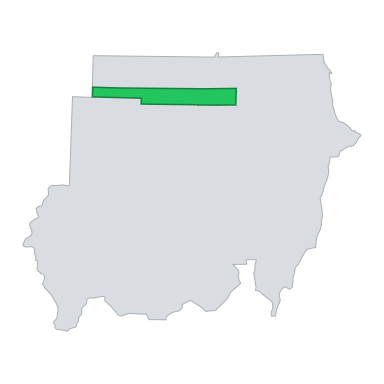 Delgo, Northern, Sudan shown in context
{"feature_id": "16777658B54397395103229", "entity_name": "Delgo", "entity_type": "district", "adm_level": 2, "iso_a3": "SDN", "parent_name": "Sudan", "parent_adm1": "Northern", "projection": "albers", "projection_center": [29.933, 20.083], "detail": "fine", "context": "in_parent", "style": "filled", "palette": "green", "viewbox_px": 384, "rotation_deg": 0, "n_neighbors": 0, "source": "geoboundaries", "source_scale": "gbopen_adm2", "svg_char_len": 4155}
<svg xmlns="http://www.w3.org/2000/svg" viewBox="0 0 384 384"><path d="M275.6,316.0L271.7,316.1L271.2,315.2L271.2,312.7L271.6,310.9L273.0,307.9L272.6,306.3L272.7,303.9L271.6,301.3L262.2,294.0L260.3,291.9L255.3,290.1L256.1,287.9L253.8,272.4L254.7,270.6L255.0,267.8L254.9,265.4L256.0,261.4L256.1,259.7L246.3,259.8L246.2,261.5L246.7,263.4L246.7,264.2L233.0,264.4L238.6,270.5L238.8,273.2L238.6,276.5L238.7,278.6L239.0,280.0L240.5,282.8L240.5,283.3L240.1,283.9L230.5,292.2L228.9,296.0L227.6,298.0L224.8,301.3L215.9,310.1L214.5,310.7L207.6,311.0L207.0,311.2L206.4,311.6L206.1,311.5L200.3,306.5L190.5,300.3L184.0,303.5L182.2,304.7L182.1,307.7L181.2,309.2L179.4,310.8L174.6,311.8L172.1,312.7L169.1,314.3L166.2,317.1L165.9,318.5L166.2,319.8L149.6,319.6L148.5,318.6L146.2,314.0L144.5,314.2L129.3,313.5L127.2,313.9L122.8,315.7L120.6,316.0L118.4,315.1L110.6,305.9L108.9,304.7L107.2,302.5L105.5,301.6L105.0,300.9L104.8,299.9L104.9,297.9L104.4,296.7L103.1,296.3L92.4,298.2L90.9,297.9L88.6,298.2L87.9,298.5L86.9,299.7L86.7,302.2L86.4,303.4L85.5,304.7L82.4,307.7L81.7,309.0L81.7,312.4L81.5,314.1L81.0,314.9L79.6,316.1L79.1,316.8L78.4,321.1L76.7,323.7L76.3,324.6L76.1,326.5L75.8,327.0L70.9,328.4L69.1,329.2L67.9,330.7L67.6,331.3L65.5,330.7L62.9,330.2L57.8,329.6L55.9,328.8L54.9,327.7L55.3,325.2L54.9,324.6L54.1,324.1L53.6,322.9L53.7,321.6L56.5,318.7L57.1,317.1L58.1,309.5L58.0,307.2L56.0,302.9L51.5,295.3L50.4,293.9L44.6,287.6L43.9,286.7L42.6,284.0L44.4,278.5L44.6,277.0L44.2,275.3L42.8,274.1L41.4,273.9L39.7,272.3L38.6,271.6L37.6,270.2L37.0,268.3L37.8,261.7L37.5,260.8L35.9,260.5L35.6,260.0L35.7,258.8L35.1,255.0L34.3,251.8L34.9,250.1L33.7,247.7L31.3,246.6L26.5,247.1L25.0,246.9L24.0,246.4L23.4,245.5L23.0,244.5L23.5,243.0L24.9,240.2L26.7,238.0L30.3,236.1L31.2,235.0L31.8,233.8L32.0,232.3L31.8,230.8L31.5,229.4L30.5,227.5L29.7,225.4L29.8,223.9L30.3,222.9L31.2,221.7L34.7,219.4L38.3,217.5L38.9,216.8L38.7,216.0L37.2,214.2L36.8,210.9L36.1,208.6L37.9,207.0L39.2,206.4L41.3,206.0L42.1,205.3L42.4,204.0L42.4,202.7L43.1,201.7L44.2,199.7L45.0,198.8L47.7,196.4L48.4,194.9L48.6,193.4L48.1,188.7L49.7,186.9L51.7,185.4L54.5,185.6L58.8,185.4L61.8,184.9L63.8,185.0L68.6,186.0L69.1,185.6L69.4,184.4L72.5,96.7L91.8,97.4L92.0,97.2L93.3,55.7L213.7,57.1L214.7,56.9L216.5,53.0L217.3,52.7L218.6,52.9L219.0,53.8L218.0,57.0L323.1,54.3L323.5,59.1L324.5,62.8L327.7,68.1L330.4,70.9L331.4,72.5L331.5,73.2L331.4,73.9L330.6,73.2L329.3,72.7L329.2,75.2L330.0,80.4L331.3,84.0L330.6,87.4L331.0,93.1L332.6,99.9L332.6,104.3L335.2,114.4L337.7,119.9L338.9,121.3L340.3,122.0L342.9,122.3L346.8,125.0L349.9,127.9L351.1,129.5L352.6,131.1L353.6,130.8L354.2,130.3L355.3,131.6L360.2,134.4L361.0,135.8L359.3,137.3L357.4,139.8L356.6,142.0L356.1,142.8L354.6,144.2L354.3,144.9L353.7,145.4L352.9,145.4L351.3,146.3L349.9,146.1L348.4,146.6L347.9,147.1L346.7,147.7L345.1,148.0L342.7,150.0L340.6,151.0L339.9,151.8L338.9,155.6L338.1,156.6L334.9,156.8L333.3,157.2L331.1,156.9L330.1,157.0L329.9,157.8L329.6,161.0L329.7,162.4L328.1,166.1L328.9,172.9L327.3,178.1L327.1,179.3L325.5,183.4L324.6,184.9L322.7,192.6L321.9,194.9L320.1,197.5L322.7,215.5L321.3,221.2L321.5,224.2L320.5,228.7L319.7,230.8L318.3,233.4L317.2,236.2L316.2,239.9L315.8,246.9L315.5,247.5L309.6,248.6L307.8,249.2L306.6,250.0L305.1,251.8L302.3,256.8L300.8,259.8L298.5,264.0L295.7,267.0L295.1,268.4L294.7,271.1L293.8,275.2L292.9,278.2L293.1,280.6L292.3,284.7L292.5,286.7L291.5,287.9L290.2,289.0L289.3,289.3L285.1,286.6L282.2,288.6L280.5,291.3L279.1,294.0L280.1,299.7L280.0,300.9L279.7,302.3L277.1,307.9L276.3,310.5L275.6,315.0L275.6,316.0Z" fill="#d9dde1" stroke="#a8b0b8" stroke-width="1"/><path d="M236.3,88.4L235.6,88.4L204.8,88.8L198.4,88.8L196.6,88.8L196.3,88.9L195.8,88.7L120.7,88.0L92.7,87.2L92.7,89.2L92.5,94.8L92.5,96.0L92.5,96.9L141.3,98.2L141.2,104.0L141.3,104.0L142.6,104.0L143.8,104.1L173.6,104.5L175.3,104.5L186.0,104.6L194.0,104.7L197.5,104.7L197.8,104.9L198.1,105.2L198.3,105.0L205.5,105.0L212.2,105.1L212.9,105.1L218.3,105.1L219.2,105.1L229.3,105.0L234.0,105.0L235.1,105.0L235.8,105.0L235.8,103.9L235.9,102.2L235.9,100.7L236.1,94.8L236.1,94.5L236.2,92.8L236.2,91.6L236.2,89.7L236.3,88.4Z" fill="#22c55e" stroke="#15803d" stroke-width="1.5"/></svg>